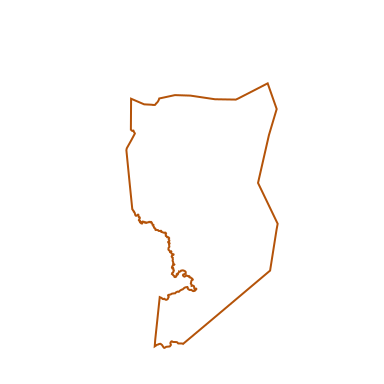 the district of Dulce Nombre de Culmi, Olancho, Honduras, rotated 50°
{"feature_id": "27666195B72562154839723", "entity_name": "Dulce Nombre de Culmi", "entity_type": "district", "adm_level": 2, "iso_a3": "HND", "parent_name": "Honduras", "parent_adm1": "Olancho", "projection": "orthographic", "projection_center": [-85.246, 15.042], "detail": "fine", "context": "isolated", "style": "outline", "palette": "amber", "viewbox_px": 384, "rotation_deg": 50, "n_neighbors": 0, "source": "geoboundaries", "source_scale": "gbopen_adm2", "svg_char_len": 5926}
<svg xmlns="http://www.w3.org/2000/svg" viewBox="0 0 384 384"><g transform="rotate(50 192 192)"><path d="M157.4,64.2L150.1,96.4L149.4,99.0L135.7,114.8L117.1,131.3L106.8,142.8L99.3,157.0L99.7,157.6L100.3,158.7L100.8,160.0L101.1,161.6L101.1,162.9L101.4,163.4L101.4,163.7L101.5,164.2L101.4,164.5L101.1,164.9L100.6,165.5L100.2,166.0L99.5,166.5L94.1,172.3L81.4,178.7L104.9,198.7L105.1,198.6L106.1,198.7L106.3,198.7L106.7,198.4L107.1,198.2L107.2,197.5L107.3,197.4L108.8,197.9L109.9,198.0L110.5,198.2L113.5,205.7L116.6,213.9L117.8,215.4L144.0,233.3L166.8,248.8L167.2,248.7L167.6,248.9L168.2,249.0L168.6,248.9L169.3,249.1L169.6,249.0L169.8,249.3L170.0,249.3L170.6,249.2L171.2,249.3L171.4,249.4L171.7,249.6L172.3,249.8L172.8,250.1L173.5,250.3L173.9,250.3L174.2,250.2L174.5,249.8L174.6,249.1L174.5,248.2L174.7,247.8L174.9,247.7L175.6,248.2L176.4,248.5L176.9,248.8L177.2,248.9L177.6,248.9L177.5,248.6L177.6,248.4L177.9,248.4L178.1,248.5L178.8,249.2L179.1,250.0L179.3,250.7L179.5,250.9L180.2,250.9L180.6,250.5L180.8,250.4L181.1,250.6L181.7,251.3L181.9,251.3L182.3,251.0L182.7,251.1L183.0,251.1L183.2,250.6L183.9,250.7L184.0,250.6L184.1,250.4L184.0,250.2L183.6,250.0L183.5,249.5L182.9,249.5L182.8,249.4L182.9,249.2L183.3,249.3L183.4,249.2L183.1,248.9L183.1,248.6L183.7,248.5L184.0,248.1L184.1,247.9L184.6,247.8L185.3,247.7L185.2,247.2L185.4,246.9L185.8,246.8L186.3,246.8L186.4,246.7L186.5,246.6L186.5,246.0L186.7,245.7L187.0,245.0L187.4,244.6L187.3,244.1L187.7,243.6L188.3,243.4L188.4,242.8L188.7,242.5L188.9,242.5L189.1,242.5L189.1,242.9L189.2,243.0L189.4,242.9L189.7,242.7L189.9,242.7L191.1,242.9L191.7,243.3L191.9,243.2L192.4,242.8L192.5,242.9L192.9,243.3L193.1,243.5L193.9,243.4L194.6,243.9L195.4,244.0L196.3,243.6L196.8,244.0L197.5,244.3L197.8,244.2L198.0,243.6L198.7,243.2L199.2,242.6L200.1,242.6L200.6,242.4L201.2,241.6L201.7,240.8L201.9,240.6L202.0,240.6L202.4,241.2L203.0,241.1L203.2,240.9L203.4,240.7L203.9,240.4L204.4,240.2L204.6,240.1L205.2,239.6L205.9,238.6L206.2,238.4L206.5,238.4L207.0,238.5L207.1,239.2L207.5,239.4L208.3,239.6L208.6,240.2L208.8,240.3L209.6,240.0L209.9,240.0L210.5,240.1L210.8,239.5L211.0,239.4L211.5,239.5L211.9,239.3L212.0,239.1L212.6,239.1L212.8,239.3L212.8,239.8L213.2,240.2L213.6,240.4L214.4,240.4L214.7,240.6L214.7,240.8L215.0,241.1L215.2,241.4L215.1,241.7L214.9,242.2L215.0,242.3L215.1,242.5L215.3,242.6L215.8,242.6L216.0,242.5L216.2,242.2L216.3,242.1L216.8,242.1L217.1,242.3L217.1,242.9L217.1,243.1L218.5,244.0L219.4,244.5L219.5,244.7L219.6,245.5L219.8,246.0L220.7,246.8L221.0,247.1L221.4,247.1L222.0,247.1L222.3,246.9L222.9,246.9L223.1,247.0L223.6,247.3L223.8,247.4L223.9,247.2L224.0,246.3L224.1,246.1L224.5,246.2L224.7,246.8L224.9,247.0L225.0,247.1L225.5,247.1L226.0,247.2L226.8,246.9L227.7,246.3L227.9,246.2L228.1,246.3L228.2,246.5L228.2,246.9L228.1,247.1L227.7,247.6L228.0,248.4L228.2,248.9L228.5,249.1L228.8,249.2L229.1,249.1L229.5,249.1L229.8,249.0L230.1,249.0L230.6,249.7L231.1,249.9L231.6,250.2L232.1,251.0L232.8,251.3L233.7,251.5L234.1,251.8L234.4,252.2L234.7,252.4L235.2,252.4L235.9,252.1L236.2,252.1L236.3,252.4L236.1,252.9L236.0,253.3L235.7,253.6L236.7,255.7L236.9,255.9L237.1,256.0L237.6,255.4L237.7,255.2L237.9,255.2L238.0,255.3L238.4,256.0L238.6,255.9L238.9,255.7L239.2,255.7L239.5,255.9L239.9,256.4L240.5,256.4L240.8,256.8L240.9,257.4L241.3,257.8L241.4,258.0L241.5,258.3L241.3,259.1L241.7,259.8L241.9,260.1L242.7,259.9L244.7,259.8L245.0,259.7L245.3,259.5L245.5,259.4L245.7,259.5L246.0,259.9L246.3,259.7L246.6,258.9L246.6,258.7L246.6,258.4L246.1,257.7L245.9,257.2L245.1,256.5L245.1,256.4L245.1,256.2L245.9,256.0L246.0,256.0L246.0,255.8L245.2,254.6L245.0,253.4L244.6,253.0L245.1,252.7L245.3,252.2L245.4,251.6L245.2,251.1L245.2,250.8L245.3,250.6L245.7,250.2L246.0,249.5L246.3,249.2L247.0,248.9L247.6,248.4L248.9,248.2L249.3,248.3L250.2,249.1L250.4,249.3L250.5,249.5L250.4,249.7L249.9,250.8L249.8,251.2L249.6,251.8L249.7,252.0L249.9,252.4L250.1,252.5L251.1,252.6L251.6,252.4L252.0,252.2L252.1,251.9L252.2,251.5L252.5,249.8L252.7,249.7L253.2,249.5L253.7,249.3L254.3,248.5L254.7,248.3L254.8,248.2L255.0,248.2L255.4,248.8L255.7,248.8L255.9,248.7L256.7,248.0L257.6,247.9L258.2,247.6L259.5,247.6L259.7,247.8L259.7,248.0L259.4,249.0L259.5,249.3L260.3,250.4L260.7,250.8L261.2,251.6L261.4,251.8L261.7,251.8L262.8,251.9L263.0,252.1L263.7,252.7L263.8,252.6L263.8,252.2L264.0,251.7L265.0,251.1L265.7,251.2L267.5,252.3L268.0,252.5L268.4,252.3L268.5,252.0L268.5,251.7L268.5,251.3L268.5,251.1L268.8,250.9L269.1,251.0L269.2,251.3L269.5,253.0L269.3,253.8L268.7,254.8L268.3,255.0L267.5,255.2L267.1,255.3L266.4,255.5L265.8,256.5L265.6,256.7L265.3,256.9L264.8,257.0L264.1,257.3L263.8,257.3L263.3,257.3L263.1,257.2L262.5,256.7L262.1,256.6L261.8,256.6L261.6,256.9L261.5,257.3L261.2,257.6L260.8,258.4L260.5,259.5L260.6,260.6L260.6,261.8L260.3,262.3L260.0,263.5L259.9,264.3L259.8,265.1L260.0,265.9L260.0,266.2L259.9,266.4L259.2,266.9L259.0,267.1L258.7,268.2L258.6,268.6L258.6,269.0L258.8,269.9L258.7,270.2L258.0,271.0L257.7,271.6L257.1,272.5L256.9,273.0L256.8,274.0L256.2,275.4L255.8,275.9L255.7,276.4L255.7,276.7L256.0,277.0L256.4,277.1L257.3,277.2L257.5,277.4L257.9,278.5L258.2,279.0L258.4,279.5L258.3,280.3L258.2,280.7L257.9,281.2L257.5,281.4L257.2,281.6L256.3,281.7L256.0,281.8L255.8,282.1L255.7,282.7L255.0,283.3L254.8,283.3L253.5,283.4L252.7,283.9L251.8,284.3L281.5,315.1L286.3,319.8L286.5,318.3L286.4,317.4L287.2,315.6L287.2,315.1L287.8,314.0L288.1,313.7L288.5,313.6L290.0,313.3L292.3,313.6L293.1,313.6L293.5,313.5L293.7,313.3L293.8,313.0L294.0,311.3L295.9,308.5L296.0,308.1L295.9,307.7L295.7,306.8L295.6,306.5L295.5,306.4L294.0,305.8L293.6,305.3L293.4,305.0L293.4,304.6L293.2,304.0L293.2,303.8L293.3,303.6L293.8,303.2L294.4,303.1L294.7,302.9L296.2,301.2L297.2,300.2L297.9,299.9L298.8,300.0L299.2,299.9L301.0,297.7L302.0,296.7L302.3,296.4L302.6,296.4L302.6,260.3L302.4,182.7L275.0,151.2L271.4,146.8L227.5,135.6L197.8,96.4L182.9,73.8L157.4,64.2Z" fill="none" stroke="#b45309" stroke-width="2"/></g></svg>